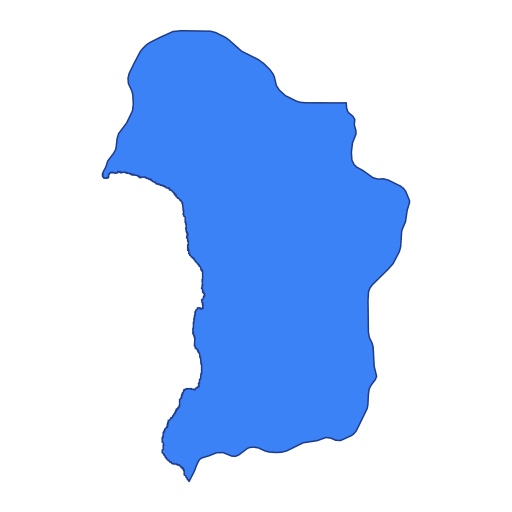 outline of Las Charcas, Azua, Dominican Republic
{"feature_id": "3306468B70810914734022", "entity_name": "Las Charcas", "entity_type": "district", "adm_level": 2, "iso_a3": "DOM", "parent_name": "Dominican Republic", "parent_adm1": "Azua", "projection": "orthographic", "projection_center": [-70.568, 18.379], "detail": "fine", "context": "isolated", "style": "filled", "palette": "blue", "viewbox_px": 512, "rotation_deg": 0, "n_neighbors": 0, "source": "geoboundaries", "source_scale": "gbopen_adm2", "svg_char_len": 6094}
<svg xmlns="http://www.w3.org/2000/svg" viewBox="0 0 512 512"><path d="M103.0,172.3L103.0,173.9L102.5,173.9L102.5,176.0L103.0,176.0L103.0,177.1L104.0,177.6L104.0,178.2L107.1,178.2L107.1,177.7L108.1,177.7L108.1,177.1L108.6,177.1L108.6,174.4L109.1,174.4L110.1,172.8L111.1,172.8L111.1,172.3L112.7,172.3L112.7,172.8L115.2,172.8L115.2,173.3L115.7,173.3L115.7,172.8L117.8,172.8L117.8,171.7L119.8,171.7L119.8,172.3L120.9,172.3L120.9,172.8L121.4,172.8L121.4,172.3L126.0,172.3L126.0,172.8L127.0,172.8L127.0,173.3L130.0,173.4L130.0,173.9L131.1,173.9L131.1,174.4L132.1,174.4L132.1,175.0L133.1,175.0L133.1,174.4L133.6,174.4L133.6,175.0L137.7,175.5L137.7,176.0L138.7,176.0L138.7,176.6L139.2,176.6L139.2,177.1L140.3,177.1L140.3,177.7L140.8,177.7L140.8,177.1L145.4,177.1L145.4,177.7L146.4,177.7L146.4,178.2L148.9,178.7L148.9,179.3L151.0,179.3L151.0,180.4L152.0,180.4L152.5,181.4L154.6,182.0L154.6,182.5L155.6,182.5L156.1,183.6L157.1,183.6L157.1,184.1L159.2,184.1L159.2,184.7L160.7,184.7L160.7,185.2L162.2,185.2L162.2,185.7L163.8,185.7L163.8,186.3L164.8,186.3L164.8,186.8L165.8,186.8L166.3,187.9L168.4,187.9L168.4,188.4L169.4,188.4L169.4,189.5L169.9,189.5L169.9,190.0L171.9,190.6L172.4,191.7L174.0,192.7L174.0,193.8L175.0,193.8L175.0,194.9L176.0,194.9L176.0,196.5L177.0,197.0L177.5,198.1L178.6,198.1L180.1,200.3L180.6,200.3L181.1,201.4L182.1,201.9L182.1,203.5L182.6,203.5L183.2,210.5L183.7,210.5L183.2,214.3L183.7,214.3L183.7,215.9L185.2,217.0L185.2,222.3L185.7,222.3L185.7,224.0L186.2,224.0L186.2,228.3L185.7,228.3L185.7,228.8L186.2,228.8L186.2,231.5L186.7,231.5L186.7,232.6L187.2,232.6L187.2,233.7L187.8,233.7L187.7,234.2L187.2,234.2L187.2,234.7L187.7,234.7L187.7,235.8L186.7,236.3L186.7,238.0L187.7,238.5L187.7,241.2L188.3,241.2L188.3,245.0L187.7,245.0L187.7,248.2L188.3,248.2L188.3,249.8L187.7,249.8L187.7,250.3L188.8,250.3L188.8,253.6L189.8,254.1L189.8,255.2L190.3,255.2L191.3,256.8L192.4,257.3L192.4,257.9L193.4,257.9L193.4,258.4L193.9,258.4L193.9,259.5L195.4,260.6L195.4,261.6L197.0,262.7L197.5,263.8L198.0,263.8L198.5,264.9L199.0,264.9L199.0,265.9L200.5,267.0L201.0,269.7L201.6,269.7L201.6,270.3L202.1,270.3L202.1,271.3L202.6,271.3L202.6,279.9L202.1,279.9L202.6,285.3L202.1,285.3L202.1,288.0L201.6,288.0L201.6,288.6L202.6,289.1L202.6,291.8L203.1,291.8L203.1,292.3L203.6,292.3L203.6,293.4L204.6,293.9L204.6,295.6L204.1,295.6L204.1,296.6L203.6,296.6L203.1,298.8L201.6,299.9L202.1,302.6L202.6,302.6L202.6,304.2L203.1,304.2L203.1,304.7L202.6,304.7L203.1,307.9L202.6,307.9L202.6,308.5L201.0,308.5L201.0,309.0L200.0,308.5L200.0,307.9L197.5,307.9L197.5,309.0L195.9,310.1L195.4,312.2L194.9,312.2L195.4,314.4L194.9,314.4L194.9,316.0L194.4,316.0L194.4,318.7L193.9,318.7L193.9,322.5L193.4,322.5L193.4,328.4L192.9,328.4L192.9,332.2L193.4,332.2L193.4,333.2L192.9,333.2L192.9,333.8L193.4,333.8L193.9,335.9L194.4,335.9L194.4,337.5L194.9,337.5L194.4,345.6L194.9,345.6L195.4,348.3L196.4,348.3L196.4,348.9L197.5,349.4L197.5,350.5L198.0,350.5L198.0,351.5L198.5,351.5L198.5,352.6L199.5,353.2L200.0,357.5L200.5,357.5L201.0,363.9L201.6,363.9L201.6,373.6L201.0,373.6L200.5,379.0L199.5,379.5L199.5,382.8L199.0,382.8L199.0,383.8L198.5,383.8L199.0,386.5L198.0,386.5L197.5,387.6L196.4,387.6L195.4,389.2L194.9,389.2L194.9,389.8L193.9,389.8L193.9,389.2L191.3,389.2L191.3,388.7L186.7,388.7L186.7,389.2L185.2,389.2L185.2,389.8L184.2,389.8L184.2,390.3L183.7,390.3L183.7,391.9L182.6,392.5L182.6,394.1L182.1,394.1L182.1,395.1L181.6,395.1L181.6,397.3L181.1,397.3L181.1,398.4L179.6,399.5L179.6,405.9L179.1,405.9L179.1,407.0L178.0,407.5L178.0,408.6L177.5,408.6L177.5,409.1L176.5,409.1L176.5,410.2L176.0,410.2L176.0,411.3L175.5,411.3L175.5,412.4L175.0,412.4L175.0,413.4L173.9,414.0L173.9,415.1L172.9,415.6L172.9,416.7L172.4,416.7L171.9,417.8L170.9,417.8L170.9,418.8L169.9,419.4L169.3,420.4L168.3,420.4L168.3,422.6L167.8,422.6L167.8,424.2L167.3,424.2L167.3,425.3L167.8,425.3L167.8,425.8L167.3,425.8L167.3,426.9L166.8,426.9L166.8,427.4L166.3,427.4L165.8,428.5L164.7,429.1L164.7,430.7L164.2,430.7L164.2,431.8L163.7,431.8L163.7,432.8L163.2,432.8L163.2,436.6L162.7,436.6L162.7,437.7L162.2,437.7L162.2,442.0L163.2,442.5L163.7,445.2L163.2,445.2L163.2,449.5L162.2,450.1L162.2,452.7L163.2,453.3L163.7,454.4L164.2,454.4L164.2,455.4L165.2,456.0L165.2,457.1L166.3,457.6L166.3,458.7L167.8,459.7L168.3,460.8L169.3,460.8L169.9,461.9L170.4,461.9L170.4,462.4L171.4,462.4L171.9,463.5L173.4,463.5L173.4,464.0L176.5,464.0L176.5,464.6L178.0,464.6L178.0,465.1L179.6,465.1L180.1,466.2L181.1,466.7L181.1,467.3L181.6,467.3L181.6,467.8L182.6,467.8L182.6,468.4L183.1,468.4L183.1,469.4L183.7,469.4L183.7,470.5L184.2,470.5L184.2,474.8L186.2,476.4L186.2,477.5L187.2,478.0L187.2,479.1L188.3,479.7L188.3,480.7L189.2,481.3L194.3,471.3L196.8,464.7L198.8,460.7L200.2,458.9L202.2,457.8L209.0,455.8L216.7,452.7L223.1,452.6L231.8,456.1L235.4,456.3L238.7,455.0L247.3,448.5L249.6,447.5L253.4,447.1L258.5,447.9L264.9,450.9L268.9,452.0L276.0,452.5L281.7,452.2L286.9,450.8L303.1,442.8L317.3,440.6L326.0,437.5L330.7,438.1L335.8,440.3L340.6,440.5L351.4,435.6L353.4,434.2L355.8,431.5L357.0,429.4L367.1,408.7L367.9,404.8L368.4,394.2L369.2,389.0L370.9,385.5L375.4,379.5L376.6,376.3L374.2,366.4L373.1,346.7L372.0,343.0L369.4,337.6L368.4,332.2L368.0,300.5L368.5,292.0L369.9,288.1L372.3,284.8L388.5,268.8L393.1,263.6L399.4,251.5L400.7,246.5L401.6,231.9L402.2,229.4L405.5,221.7L407.2,210.1L409.5,202.7L409.5,200.6L405.6,191.1L403.4,188.3L400.5,186.1L388.3,180.1L383.5,178.8L377.9,179.1L372.9,177.7L363.2,170.7L356.7,167.1L354.1,164.6L351.9,160.1L351.4,152.1L352.5,142.9L356.0,134.1L355.9,130.6L354.3,124.8L354.8,119.5L352.8,116.2L348.9,113.0L347.6,111.3L346.6,108.0L346.2,102.9L305.8,102.8L300.2,102.3L296.3,101.1L285.3,95.6L279.3,90.1L276.4,85.6L274.3,76.9L273.3,74.4L270.1,69.9L264.0,63.8L258.4,59.6L241.7,51.3L229.0,40.0L225.6,37.5L215.8,32.6L210.6,31.2L181.6,30.7L173.1,31.5L160.8,37.0L149.9,42.5L146.6,44.7L142.7,48.5L140.2,51.7L133.9,63.7L129.1,73.5L128.0,78.4L128.4,83.5L131.9,91.1L132.8,94.9L133.3,104.3L132.5,110.8L126.6,123.0L118.6,133.6L117.1,138.6L116.1,147.6L115.4,150.1L113.4,153.5L107.8,160.9L105.8,167.0L103.0,172.3Z" fill="#3b82f6" stroke="#1e3a8a" stroke-width="1.5"/></svg>